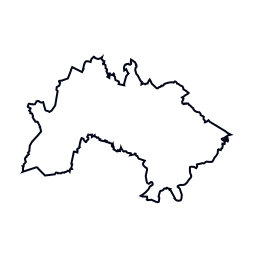 San Pablo Anicano, Puebla, Mexico (Albers equal-area conic projection), rotated 10°
{"feature_id": "50627088B54927007097368", "entity_name": "San Pablo Anicano", "entity_type": "district", "adm_level": 2, "iso_a3": "MEX", "parent_name": "Mexico", "parent_adm1": "Puebla", "projection": "albers", "projection_center": [-98.14, 18.141], "detail": "fine", "context": "isolated", "style": "outline", "palette": "ink", "viewbox_px": 256, "rotation_deg": 10, "n_neighbors": 0, "source": "geoboundaries", "source_scale": "gbopen_adm2", "svg_char_len": 5833}
<svg xmlns="http://www.w3.org/2000/svg" viewBox="0 0 256 256"><g transform="rotate(10 128 128)"><path d="M52.2,93.5L51.9,93.9L52.3,94.7L53.3,95.4L53.0,98.2L50.7,100.1L50.9,102.9L52.3,103.9L52.4,118.5L49.7,124.2L47.8,125.8L46.4,125.3L44.2,125.1L43.4,124.5L40.0,117.3L38.1,118.0L37.1,117.9L35.2,117.0L34.7,117.0L33.3,117.6L32.5,120.2L32.0,120.8L30.4,121.3L29.8,121.1L28.4,121.4L27.0,121.1L26.0,121.5L25.9,121.9L25.6,124.4L26.0,124.8L28.6,125.5L28.7,125.8L28.3,127.4L27.7,128.0L28.6,128.8L29.4,129.3L29.6,129.8L29.4,130.4L31.1,130.5L32.4,132.8L32.2,133.9L33.6,135.5L33.7,136.0L34.8,136.6L35.7,137.9L37.6,137.6L38.0,137.7L41.3,142.2L41.1,142.8L41.6,143.1L43.0,146.6L40.3,151.3L35.8,158.3L34.4,162.4L34.8,168.3L33.8,169.7L34.9,170.9L34.4,171.4L34.2,172.2L33.2,172.7L33.1,173.4L33.3,173.8L33.1,174.2L32.5,174.4L32.1,175.3L31.8,176.2L32.4,177.4L32.4,177.9L33.2,178.7L33.3,179.0L32.7,180.4L31.6,181.9L31.9,183.5L31.6,183.8L30.9,184.0L31.7,184.9L31.5,186.1L31.9,187.1L32.1,189.0L31.9,189.4L44.4,182.7L45.8,182.7L46.7,183.7L54.5,189.2L64.0,186.3L64.8,184.4L66.5,184.3L66.9,184.8L67.9,184.5L69.9,184.3L71.1,183.2L73.1,183.0L73.3,182.5L74.6,182.0L76.2,180.5L77.4,180.5L78.1,181.1L78.1,178.7L80.0,178.1L79.0,176.9L79.4,173.4L78.8,173.1L78.4,173.0L78.8,160.7L79.4,160.5L82.4,160.9L82.4,159.8L82.1,158.7L81.6,158.4L81.8,157.5L82.3,156.9L83.1,156.5L83.9,155.2L83.2,154.4L83.4,153.4L83.3,151.2L83.6,150.5L83.4,149.7L84.0,146.1L84.1,145.9L86.0,146.4L86.5,147.3L87.6,148.4L88.9,149.2L89.3,149.0L89.8,147.2L90.9,146.2L90.5,144.4L89.4,143.9L90.0,141.4L91.6,141.4L93.6,140.8L94.0,143.1L96.4,140.9L96.7,142.1L98.4,142.4L99.0,143.0L100.4,142.5L101.0,143.5L101.6,143.9L102.5,143.9L102.3,144.9L106.0,145.2L106.7,144.8L107.4,145.1L107.4,144.2L107.8,144.2L109.3,144.4L109.5,145.6L112.1,145.6L112.1,145.9L113.3,146.1L114.8,146.1L115.1,146.6L115.3,148.8L115.9,149.1L116.1,148.8L115.9,147.3L116.0,146.9L116.3,147.9L117.0,148.7L117.6,150.7L117.3,151.2L117.5,151.6L118.6,151.7L119.5,152.3L121.3,153.0L121.7,152.8L121.6,152.3L121.9,151.6L122.7,152.3L124.1,152.1L123.8,150.5L124.5,149.5L124.5,148.5L125.3,149.8L126.1,150.2L126.7,151.3L127.7,151.8L128.1,151.9L129.0,151.4L130.3,151.3L130.6,151.8L131.1,152.2L132.4,152.6L135.0,152.3L135.5,153.1L135.0,154.4L139.2,152.8L139.3,152.0L140.0,152.0L140.5,153.4L141.0,153.8L142.2,154.1L143.1,155.6L143.9,156.3L150.2,157.3L149.2,159.5L148.9,160.8L149.7,162.2L152.0,163.8L153.4,164.2L153.7,164.7L154.0,165.9L153.8,172.3L155.9,178.0L156.3,178.6L157.0,179.0L158.1,179.3L158.7,178.9L159.5,177.7L160.1,177.2L160.6,177.2L161.3,177.4L161.6,177.7L162.1,179.3L162.0,179.7L159.7,182.0L158.8,184.8L156.3,188.6L153.6,191.5L152.3,192.6L153.9,193.0L158.6,192.3L159.3,194.4L159.3,194.7L159.0,195.3L159.4,195.5L160.3,195.6L163.5,194.6L168.8,195.9L170.1,195.9L170.7,195.6L171.1,195.3L171.0,191.7L170.7,190.8L170.0,190.3L170.5,185.0L171.0,184.3L172.6,183.6L173.2,183.1L174.3,181.3L176.1,181.1L176.2,180.3L176.7,180.1L177.6,180.2L176.6,180.3L178.7,180.7L179.6,180.6L180.1,180.7L179.3,181.4L179.7,181.9L181.0,182.2L186.4,189.0L186.1,189.4L187.7,190.5L188.2,190.8L190.3,190.9L191.7,190.4L192.5,189.9L192.9,188.1L192.6,184.4L190.8,181.3L189.7,179.0L188.9,178.3L187.2,177.5L187.1,176.5L188.5,175.5L190.0,174.8L191.4,174.8L193.8,173.8L194.5,172.7L195.1,172.4L197.0,168.3L198.3,166.2L198.7,164.8L198.5,163.9L196.9,161.3L196.0,157.4L195.8,155.8L197.0,155.1L199.4,154.9L200.4,155.0L201.4,155.6L202.1,155.7L202.8,154.2L202.2,151.9L202.6,151.7L205.8,150.5L207.1,149.7L208.8,149.7L210.4,148.1L211.4,147.4L213.1,147.4L216.5,146.8L217.4,145.5L218.3,142.3L219.7,140.0L220.7,137.4L220.4,133.7L220.6,133.5L221.2,133.3L221.9,133.6L223.2,133.7L223.5,132.1L224.3,131.5L224.4,128.7L223.7,127.8L223.7,127.0L225.9,127.0L225.9,126.4L225.4,125.0L225.8,125.0L226.3,124.1L226.2,123.8L224.6,123.9L222.4,122.9L222.3,122.3L223.5,121.6L224.8,121.9L225.3,121.6L226.5,121.8L226.5,122.9L227.1,122.4L227.3,122.7L227.1,123.1L228.5,123.8L228.7,123.0L228.1,121.5L227.8,121.1L227.9,120.6L227.3,120.1L227.2,120.4L225.5,120.1L227.7,118.0L230.4,116.7L226.9,115.6L224.3,114.2L207.5,107.7L205.9,106.4L204.6,107.9L203.6,108.2L203.4,108.8L202.8,109.0L202.9,108.1L200.8,106.0L200.6,104.8L200.8,104.0L199.7,103.3L197.4,102.8L196.9,101.3L195.7,100.2L192.7,100.2L190.4,99.3L189.1,98.1L188.8,97.2L186.8,96.2L185.9,95.4L185.0,94.9L184.3,94.9L183.1,93.4L180.4,94.2L180.4,93.8L179.7,94.0L179.2,94.2L178.8,94.8L177.3,94.3L176.8,92.6L177.6,89.6L175.9,88.5L177.3,87.5L178.2,86.3L181.1,83.8L181.6,83.0L178.6,81.3L175.8,80.2L175.4,78.9L174.5,77.6L172.2,77.0L170.0,75.9L168.6,75.8L167.9,74.7L166.7,74.0L166.2,74.0L165.4,74.6L165.1,75.4L164.0,75.3L161.6,75.7L158.5,77.0L156.1,78.4L155.5,79.9L155.2,80.2L153.6,80.4L153.5,80.7L153.6,81.1L153.1,81.2L152.4,82.1L151.2,82.6L150.4,83.8L149.2,83.8L143.7,80.2L142.5,78.3L141.0,76.5L140.4,77.5L139.6,80.7L139.1,80.7L137.9,81.4L137.4,82.0L135.5,81.4L133.7,82.7L133.6,80.1L132.4,79.7L128.5,74.6L126.9,73.4L125.1,69.9L125.0,67.4L125.8,66.3L125.6,65.5L125.2,65.3L124.8,64.5L125.1,64.1L123.4,62.0L119.1,60.1L119.3,62.6L119.9,63.5L119.8,64.6L119.1,65.3L118.1,65.3L117.4,64.7L115.2,65.4L115.0,66.0L114.4,66.1L114.0,66.6L113.5,69.1L114.3,72.0L116.0,70.4L118.2,73.6L118.9,73.9L119.5,73.5L117.2,77.3L116.5,85.2L116.9,86.6L111.1,86.4L111.2,85.0L111.0,84.0L110.5,83.7L107.4,83.0L106.0,79.5L105.1,79.1L105.0,77.5L104.4,76.9L103.4,78.6L101.8,78.6L100.8,77.6L100.4,78.0L100.9,81.9L98.8,81.1L99.7,79.2L100.0,77.8L99.8,77.6L98.6,78.4L96.9,75.8L97.3,75.3L97.2,74.0L96.6,73.4L95.6,73.2L95.0,70.1L93.6,69.2L92.5,69.5L92.2,68.8L92.8,68.6L93.1,68.1L93.1,66.3L91.8,66.2L91.4,66.0L91.2,65.4L90.4,65.1L89.9,64.3L90.1,62.8L89.3,63.8L86.8,65.2L84.9,65.1L82.7,64.5L82.5,63.8L81.9,63.7L79.9,66.6L79.7,69.5L77.1,69.2L75.1,69.6L74.1,71.3L73.8,72.9L73.5,77.9L73.9,77.9L73.0,80.9L62.5,77.7L61.8,80.7L61.7,82.0L60.2,89.6L54.6,92.8L52.2,93.5Z" fill="none" stroke="#020617" stroke-width="2"/></g></svg>